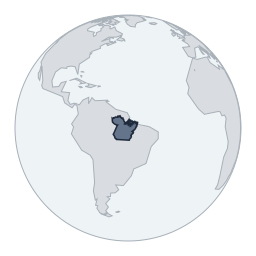 the Earth from above Pará
{"feature_id": "BRA-594", "entity_name": "Pará", "entity_type": "State", "adm_level": 1, "iso_a3": "BRA", "parent_name": "Brazil", "parent_adm1": "", "projection": "orthographic", "projection_center": [-50.886, -3.617], "detail": "fine", "context": "on_globe", "style": "filled", "palette": "slate", "viewbox_px": 256, "rotation_deg": 0, "n_neighbors": 0, "source": "natural_earth", "source_scale": "10m", "svg_char_len": 12158}
<svg xmlns="http://www.w3.org/2000/svg" viewBox="0 0 256 256"><circle cx="128" cy="128" r="113" fill="#eef3f6" stroke="#a8b0b8"/><path d="M90.1,21.9L91.3,21.5L91.3,22.8L93.5,21.9L94.9,22.3L98.0,21.6L97.1,22.4L100.4,21.2L100.6,20.6L102.1,20.0L104.0,19.6L103.1,20.4L102.1,20.7L102.8,20.8L101.6,21.4L103.3,20.9L102.1,22.2L106.0,20.4L107.3,21.1L105.8,22.1L102.4,22.5L90.4,27.3L87.8,29.0L87.5,30.7L94.5,32.3L93.1,34.3L93.8,36.5L96.2,34.9L96.5,32.7L101.1,30.7L100.9,28.6L102.8,27.6L104.1,25.5L107.7,25.3L110.5,26.4L109.7,28.2L110.9,28.9L114.8,26.9L116.2,30.6L122.3,33.7L122.2,34.9L116.5,37.1L108.7,37.2L101.4,41.5L110.0,38.4L109.7,42.0L111.3,42.6L113.5,42.4L115.1,41.0L115.9,42.4L107.6,45.6L106.8,44.4L109.4,43.2L105.8,43.5L100.2,46.3L100.5,48.3L91.8,51.5L91.9,53.1L90.0,54.9L90.4,52.1L89.5,57.4L79.3,64.1L77.8,74.5L75.1,66.7L71.6,66.1L67.1,66.7L66.7,68.4L61.3,67.8L55.5,72.0L51.9,80.6L52.6,87.0L58.7,86.5L61.3,82.6L66.2,81.4L61.2,91.8L69.6,92.6L67.9,100.5L70.2,104.4L74.7,103.1L79.3,104.8L83.0,100.0L88.8,97.3L88.5,103.7L92.0,97.7L95.1,100.7L106.9,100.2L105.9,101.7L115.8,109.3L127.2,112.7L129.8,117.5L128.4,120.5L132.5,121.4L132.5,123.3L149.3,126.7L158.2,131.9L158.2,138.8L151.2,146.6L146.0,163.5L133.8,168.9L131.4,175.7L123.3,185.6L115.7,184.9L118.7,189.8L115.2,192.8L110.6,193.1L110.5,196.5L107.1,196.7L109.9,198.9L105.7,203.5L108.4,207.1L105.7,210.8L107.6,212.9L106.1,212.8L104.8,213.6L105.1,214.8L99.9,212.9L96.9,208.2L97.7,205.7L95.6,205.3L97.1,198.9L95.3,200.2L93.4,190.7L94.6,182.6L93.0,159.7L90.2,155.2L81.7,150.2L71.4,133.9L73.6,127.0L71.6,123.9L78.3,114.1L76.9,105.5L74.6,104.4L72.1,107.8L64.7,102.9L62.6,96.6L43.0,88.6L41.7,85.8L42.8,80.7L42.0,66.1L39.7,80.3L38.3,77.9L38.3,73.0L39.6,71.4L41.5,64.3L41.0,62.1L45.6,53.7L55.9,42.9L55.2,44.1L57.7,41.7L58.8,40.2L58.8,39.8L68.9,32.1L69.3,31.9L79.4,26.4L90.1,21.9ZM76.6,78.2L86.2,82.9L80.1,83.9L81.4,82.8L79.1,80.8L74.6,79.1L69.4,80.6L76.6,78.2ZM82.4,72.0L80.6,71.7L82.4,71.6L82.4,72.0ZM58.5,39.9L58.5,40.3L56.8,42.4L56.4,42.2L58.5,39.9ZM62.1,36.7L62.8,36.3L59.9,38.5L60.4,38.0L62.1,36.7ZM102.0,25.8L103.0,25.7L102.2,26.1L102.0,25.8ZM101.6,25.1L100.0,25.8L99.5,25.6L100.5,25.2L101.6,25.1ZM103.7,24.5L99.0,25.1L98.3,24.8L101.5,23.1L103.7,24.5ZM99.9,20.6L99.7,21.2L98.1,21.1L99.9,20.6ZM98.5,20.8L91.5,22.2L92.6,21.4L94.7,21.0L94.8,20.5L98.9,19.4L99.7,19.4L98.2,20.1L100.9,19.2L98.5,20.8ZM102.6,19.7L101.1,20.0L101.9,19.3L105.2,18.7L103.8,19.1L102.6,19.7ZM92.9,21.1L94.1,20.6L97.7,19.5L98.7,19.3L99.1,19.4L92.9,21.1ZM104.6,19.1L106.8,18.5L108.0,18.5L104.1,19.5L104.6,19.1ZM100.8,19.4L101.4,19.1L102.1,19.1L100.8,19.4ZM113.8,18.7L111.9,18.8L112.2,18.4L113.8,18.7ZM107.5,18.2L107.0,18.3L107.0,18.2L108.6,17.8L107.5,18.2ZM101.6,18.7L102.8,18.4L101.6,18.6L104.2,18.0L105.2,17.9L106.0,17.7L104.9,18.1L101.6,18.7ZM110.0,17.3L110.7,17.7L114.0,17.5L113.8,17.8L108.5,18.1L110.0,17.3ZM107.1,17.7L108.9,17.5L107.8,17.8L105.9,18.3L107.1,17.7ZM106.1,17.6L102.1,18.4L102.3,18.3L106.1,17.6ZM111.2,17.1L111.6,17.1L111.2,17.1ZM107.9,17.3L106.5,17.5L107.9,17.3ZM111.9,16.8L112.1,16.9L110.8,17.1L111.9,16.8ZM110.3,16.9L111.0,16.8L110.2,17.1L109.6,17.1L110.3,16.9ZM108.4,17.2L108.1,17.2L109.0,17.1L108.4,17.2ZM116.7,16.1L116.1,16.4L113.2,16.8L114.2,16.4L116.7,16.1ZM109.1,216.9L100.6,213.7L105.2,215.1L107.2,213.2L112.1,215.8L109.1,216.9ZM115.5,212.1L118.6,211.1L119.6,211.7L117.8,212.5L115.5,212.1ZM205.6,46.3L206.2,46.9L207.7,48.4L208.2,48.9L206.7,47.5L205.7,46.5L204.6,45.6L209.3,50.9L211.6,53.2L210.4,53.8L214.1,57.9L214.9,59.6L208.9,53.5L207.2,51.4L198.7,45.3L200.4,47.5L208.6,53.6L207.3,53.0L209.7,56.6L207.0,53.5L197.6,46.8L194.6,48.2L195.9,57.1L193.1,58.0L188.3,56.3L182.6,47.4L189.6,46.6L187.7,43.9L181.8,40.3L184.4,40.6L182.9,39.2L185.1,38.9L183.8,35.7L185.4,35.4L180.7,31.6L180.8,31.1L183.6,33.4L186.4,35.1L189.8,35.2L189.2,34.5L185.8,32.1L187.2,32.7L183.5,30.5L183.4,30.0L180.5,28.9L176.4,26.7L174.1,25.3L172.2,24.5L176.1,26.9L178.1,28.1L180.7,29.3L185.7,33.1L185.5,33.7L178.2,29.4L177.0,30.0L171.8,26.9L164.5,21.7L163.7,21.2L163.8,21.2L171.5,24.1L178.9,27.5L186.1,31.5L192.9,35.9L199.4,40.9L205.6,46.3ZM230.6,81.5L227.1,74.6L225.9,72.4L225.8,72.2L225.5,71.7L227.4,75.3L225.0,71.3L232.4,85.6L234.7,91.9L235.0,92.8L237.5,101.4L239.2,110.1L240.3,119.0L240.6,127.9L240.3,136.8L240.3,137.2L240.0,140.0L238.6,149.3L236.5,158.4L236.2,159.3L233.7,165.5L230.6,173.5L228.8,176.1L226.5,180.6L223.2,185.2L218.9,189.4L215.2,189.0L217.6,184.8L219.7,176.6L223.7,157.1L227.4,148.5L228.2,141.7L225.2,126.6L226.1,118.5L224.6,115.0L222.0,115.8L220.0,111.7L218.1,111.5L204.5,114.3L198.6,109.1L187.7,93.7L189.0,87.5L186.3,80.6L192.6,58.2L197.2,59.4L205.9,57.0L207.5,57.8L210.1,62.6L219.4,69.2L218.2,65.2L223.2,69.2L224.2,69.6L218.3,60.6L216.6,59.7L212.8,55.3L211.3,52.2L211.7,52.6L217.2,59.2L222.3,66.3L226.7,73.8L230.6,81.5ZM194.3,69.2L195.0,71.1L194.3,69.2ZM107.3,100.2L108.7,101.4L106.7,101.4L107.3,100.2ZM78.9,86.4L81.1,86.5L82.2,87.4L80.4,87.8L78.9,86.4ZM98.2,85.8L100.8,86.3L97.9,86.9L98.2,85.8ZM87.8,83.5L96.0,85.7L90.4,87.7L85.2,86.4L89.0,85.7L87.8,83.5ZM80.7,75.5L82.0,75.9L81.3,77.0L80.7,75.5ZM83.7,72.0L83.1,72.1L82.6,71.2L83.7,72.0ZM110.2,41.8L110.9,41.6L113.0,41.7L111.7,42.3L110.2,41.8ZM124.2,39.1L125.1,41.4L123.6,40.0L121.9,41.1L116.8,39.9L121.9,35.5L120.5,37.6L124.2,39.1ZM111.3,37.5L114.0,38.5L110.9,37.6L111.3,37.5ZM172.2,32.8L174.4,33.5L175.6,35.0L173.6,36.3L171.7,34.0L172.2,32.8ZM177.2,34.3L170.5,30.2L171.5,29.5L172.1,30.5L173.4,30.5L174.7,32.2L182.2,35.9L183.8,37.6L179.1,38.5L179.8,37.1L177.6,36.4L177.2,34.3ZM151.7,23.9L148.8,23.0L154.7,22.7L156.7,23.6L154.8,24.7L151.3,24.2L151.7,23.9ZM110.2,21.7L108.7,22.0L108.9,21.6L110.4,21.2L110.2,21.7ZM112.9,18.8L116.9,20.5L115.4,20.8L119.6,21.9L117.3,23.2L114.6,22.4L116.0,24.4L112.7,24.2L114.0,25.6L108.4,23.6L105.5,23.8L109.7,23.0L111.9,21.8L112.0,21.3L110.0,20.1L104.9,20.2L106.2,19.3L108.6,18.6L110.0,18.4L108.7,19.0L111.6,18.4L110.7,19.2L112.9,18.8ZM135.1,15.7L133.0,15.7L138.7,16.0L137.9,16.2L138.6,16.2L139.4,16.6L141.6,17.1L140.7,17.2L142.0,17.4L142.5,17.8L143.9,18.1L142.9,18.5L144.5,19.1L143.0,19.0L146.2,19.9L143.4,19.4L143.8,20.0L146.3,20.2L137.0,22.8L135.3,24.9L135.3,27.0L130.5,26.4L127.3,24.1L125.7,21.6L128.0,20.0L125.4,20.2L125.8,19.5L127.7,19.6L124.9,19.1L125.7,18.6L124.2,17.4L119.8,17.3L119.1,17.0L121.3,16.8L119.1,16.7L122.7,16.2L122.3,16.1L125.5,15.7L129.8,15.7L129.0,15.6L131.4,15.5L135.1,15.7ZM117.6,15.9L123.0,15.6L125.3,15.6L118.8,16.3L118.7,16.5L114.7,17.4L111.6,17.4L113.0,17.1L113.7,16.9L114.4,17.0L114.3,16.7L116.3,16.4L116.8,16.2L118.4,16.1L117.6,15.9ZM207.3,56.1L208.2,56.3L209.1,56.2L210.6,58.6L207.3,56.1ZM201.0,51.6L201.5,51.3L204.0,54.3L203.1,54.2L201.0,51.6ZM199.5,48.7L201.3,51.0L199.8,49.7L199.5,48.7ZM183.8,33.2L184.1,32.9L185.0,33.4L185.8,34.3L183.8,33.2ZM149.1,17.3L151.8,17.9L150.2,17.6L149.8,17.5L145.8,16.8L146.0,16.8L147.0,17.0L149.1,17.3ZM219.2,62.0L220.2,63.6L219.5,62.7L219.3,62.3L219.2,62.0ZM216.2,60.9L217.9,62.2L216.6,61.5L216.2,60.9ZM151.4,17.8L151.5,17.8L149.8,17.5L150.0,17.5L151.4,17.8Z" fill="#d9dde1" stroke="#a8b0b8" stroke-width="1"/><path d="M115.8,117.0L116.2,117.2L117.0,117.1L117.9,117.3L118.1,117.2L118.1,116.9L117.8,116.5L117.7,116.5L117.9,116.2L118.0,116.0L118.5,116.2L119.1,116.2L119.3,116.0L119.7,115.9L119.7,116.0L120.0,115.8L120.2,116.1L120.4,116.2L120.5,116.5L120.3,117.0L120.4,117.4L121.2,117.5L121.7,117.7L121.7,118.0L121.9,117.9L122.2,118.2L122.5,118.1L122.8,118.2L122.8,118.5L123.0,118.4L123.0,118.6L122.9,118.7L123.0,119.1L123.3,119.3L123.6,119.5L123.6,120.1L123.8,120.4L123.8,120.8L124.0,121.3L124.6,121.7L124.6,122.0L124.8,122.2L124.8,122.6L125.1,122.6L125.1,123.0L125.3,123.1L125.6,123.2L125.7,123.3L125.8,123.1L126.0,123.2L126.0,123.5L125.8,123.6L125.3,123.5L124.4,123.9L124.4,124.0L125.3,123.9L125.4,124.0L125.5,124.1L125.9,124.0L126.5,123.6L126.9,123.5L127.0,123.3L127.8,122.9L127.8,122.7L127.9,122.8L127.9,122.7L128.1,122.7L128.1,122.9L127.9,123.1L128.1,123.3L128.1,123.7L128.5,124.3L128.3,124.3L128.3,124.5L128.2,124.6L128.4,124.6L128.4,124.4L128.5,124.5L128.8,124.7L128.8,124.8L128.9,124.7L128.9,125.0L129.1,124.6L129.4,124.7L129.5,124.5L129.8,124.5L130.0,124.6L130.0,125.0L130.0,124.9L130.1,125.0L130.0,124.6L130.4,124.6L130.5,124.8L130.4,124.6L130.5,124.5L130.8,124.4L130.8,124.5L131.0,124.6L131.0,124.8L130.6,125.6L130.6,125.8L130.4,126.2L130.7,126.1L131.2,124.7L131.8,124.0L132.0,124.0L131.6,124.5L131.8,124.4L132.4,123.6L132.8,124.2L132.7,123.9L133.0,123.8L132.7,123.8L132.7,123.4L132.8,123.3L133.0,123.5L133.1,123.2L133.1,122.9L133.3,122.9L133.4,122.7L133.4,122.4L133.6,122.2L133.7,122.4L133.9,122.2L134.1,122.3L134.0,122.0L134.2,122.4L134.4,122.3L134.5,122.0L134.7,122.4L134.9,122.5L134.9,122.4L134.7,122.3L134.7,122.1L134.8,122.1L135.1,122.1L135.2,122.3L135.3,122.2L135.3,122.4L135.4,122.5L135.5,122.2L135.5,122.6L135.7,122.3L135.8,122.5L135.7,122.6L136.0,122.3L136.1,122.7L136.1,122.8L136.2,122.6L136.4,122.6L136.1,122.8L136.8,122.6L136.7,122.7L136.7,123.0L136.9,122.9L136.9,123.0L137.0,122.9L137.0,123.1L137.0,122.9L137.1,123.1L137.0,122.9L137.1,122.7L137.3,122.7L137.1,123.2L137.3,123.1L137.5,123.2L137.3,123.5L137.2,123.8L137.2,124.2L137.0,124.3L137.0,124.5L137.1,124.8L137.0,125.2L136.8,125.3L136.7,125.9L136.3,126.2L136.5,126.5L136.3,126.6L136.2,127.1L136.0,127.4L135.7,127.6L135.7,127.8L135.5,128.5L135.0,128.9L134.9,129.3L134.5,129.8L134.3,130.0L134.0,129.9L132.2,131.4L132.6,131.5L132.9,131.5L133.1,131.7L133.2,131.8L133.4,132.0L133.1,132.2L133.2,132.6L133.1,132.9L132.8,133.0L132.9,133.4L132.7,133.4L132.5,133.5L132.3,134.0L131.7,134.2L131.3,134.5L131.3,135.1L130.9,135.7L131.0,136.0L131.4,136.2L131.1,137.3L130.6,138.2L130.2,138.4L129.6,139.2L129.4,139.9L129.3,140.2L117.2,139.5L116.8,139.3L116.6,139.4L116.5,139.1L116.1,139.1L116.0,138.7L115.0,138.1L114.8,137.5L114.9,137.1L114.6,136.7L114.2,135.7L113.8,135.3L113.8,135.0L113.3,134.5L113.2,134.2L113.6,133.7L117.2,125.6L117.4,125.3L117.0,125.4L117.0,125.2L116.6,125.3L116.5,125.2L116.5,124.9L116.0,124.8L115.8,124.5L114.7,124.1L113.4,123.1L113.2,122.6L112.6,122.2L112.6,121.8L112.4,121.6L112.2,118.4L112.4,118.6L112.7,118.4L113.0,118.5L113.1,118.3L113.1,118.1L113.3,118.0L113.4,117.8L114.0,118.0L114.1,117.7L114.9,117.6L115.3,117.1L115.5,117.1L115.8,117.0ZM132.9,121.6L132.7,122.4L132.5,122.2L132.6,122.6L132.4,122.9L132.4,123.0L132.1,123.3L131.9,123.1L132.0,123.3L132.0,123.7L131.8,123.4L131.7,123.4L131.8,123.5L131.7,123.6L131.8,123.5L132.0,123.7L131.6,123.9L131.3,123.6L131.3,124.0L131.0,124.0L130.9,123.8L131.0,124.1L130.8,124.1L130.7,123.8L130.7,124.0L130.6,124.3L130.4,124.4L130.2,124.0L130.3,124.3L130.2,124.4L129.7,124.3L129.7,124.1L129.4,124.4L129.3,124.1L129.2,124.0L129.3,124.0L129.2,123.8L129.2,124.0L129.3,124.1L129.2,124.3L129.1,124.1L129.2,124.3L128.9,124.5L128.6,124.4L128.6,124.2L128.2,123.7L128.2,123.0L128.6,123.2L128.8,122.9L128.4,123.0L128.2,122.9L128.3,122.0L128.7,122.2L128.4,122.1L128.4,121.6L128.6,121.3L128.9,121.2L129.0,121.1L130.4,121.4L130.9,121.4L131.3,121.2L131.7,121.3L131.9,121.2L131.9,121.3L132.8,121.4L132.9,121.6ZM127.2,121.9L127.5,122.2L127.2,122.9L126.9,123.2L126.3,123.7L125.9,123.8L126.0,123.4L126.4,123.0L126.4,122.6L126.7,122.1L127.1,121.9L127.0,122.2L127.2,121.9ZM129.7,120.3L130.0,120.3L130.4,120.1L130.7,120.2L130.7,120.3L130.3,120.5L130.0,120.9L129.7,121.0L129.6,120.8L129.1,120.8L129.0,120.5L129.5,120.5L129.7,120.3ZM127.9,121.5L127.7,121.3L127.9,120.9L128.2,120.8L128.5,120.9L128.5,121.1L128.4,121.2L127.9,121.5ZM130.1,121.1L130.3,120.9L130.7,120.7L131.0,120.9L130.8,121.1L130.3,121.2L130.1,121.1ZM129.1,120.1L129.2,119.7L129.5,119.8L129.5,119.7L129.7,119.9L129.3,120.2L129.1,120.1ZM129.1,120.3L128.9,120.6L128.7,120.5L128.9,120.1L128.9,119.8L129.0,119.7L129.1,120.3ZM128.1,122.0L128.1,122.3L127.6,122.5L127.6,122.2L128.1,122.0ZM128.5,120.8L128.5,120.5L128.8,120.6L128.9,120.9L128.6,120.9L128.5,120.8ZM127.5,121.2L127.4,121.5L127.0,121.8L127.5,121.2ZM133.3,122.5L133.3,122.9L133.1,122.9L133.3,122.5ZM131.1,124.3L131.0,124.6L130.8,124.6L131.0,124.3L131.1,124.3ZM133.0,123.0L133.0,123.3L132.8,123.2L133.0,123.0ZM134.3,122.0L134.4,122.3L134.2,122.2L134.3,122.0ZM130.7,124.2L130.9,124.2L130.7,124.3L130.7,124.2ZM133.7,122.2L133.9,122.2L133.7,122.3L133.7,122.2ZM129.6,120.3L129.4,120.4L129.5,120.2L129.6,120.3Z" fill="#64748b" stroke="#1e293b" stroke-width="1.5"/></svg>